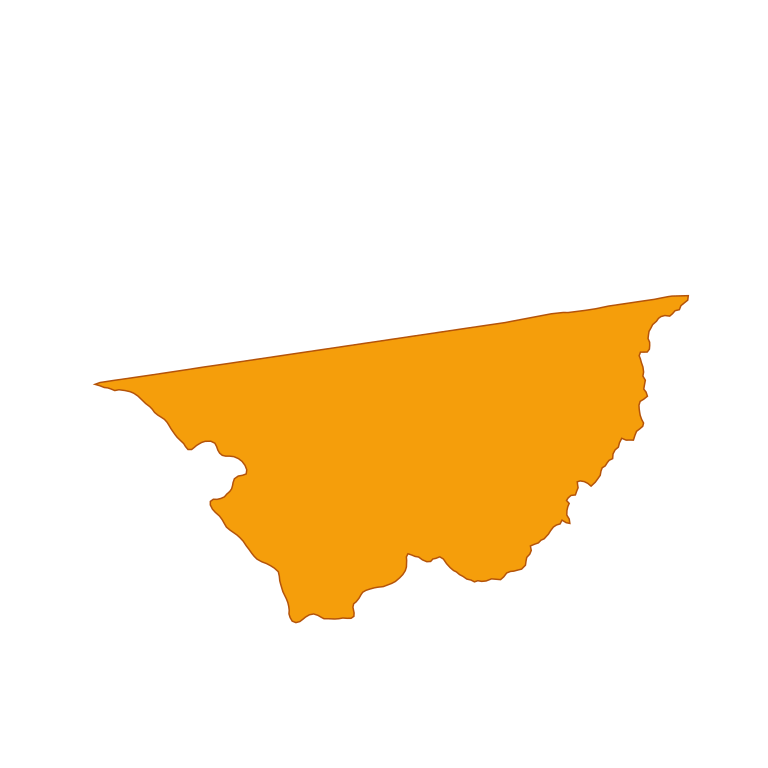 Ninheira, Minas Gerais, Brazil (Natural Earth projection), rotated 305°
{"feature_id": "56859067B21814552382034", "entity_name": "Ninheira", "entity_type": "district", "adm_level": 2, "iso_a3": "BRA", "parent_name": "Brazil", "parent_adm1": "Minas Gerais", "projection": "natural_earth1", "projection_center": [-41.689, -15.315], "detail": "fine", "context": "isolated", "style": "filled", "palette": "amber", "viewbox_px": 768, "rotation_deg": 305, "n_neighbors": 0, "source": "geoboundaries", "source_scale": "gbopen_adm2", "svg_char_len": 3675}
<svg xmlns="http://www.w3.org/2000/svg" viewBox="0 0 768 768"><g transform="rotate(305 384 384)"><path d="M545.4,489.8L537.5,480.8L509.0,453.0L503.9,448.1L478.9,421.6L359.1,295.0L317.0,250.5L311.4,244.6L301.8,234.4L294.8,226.9L282.4,214.0L256.1,186.3L231.2,159.8L222.3,150.5L218.0,147.5L219.6,152.3L220.7,156.9L222.4,160.0L223.4,163.5L224.2,167.2L227.3,170.2L230.1,175.6L232.1,180.5L232.9,184.2L233.0,189.3L232.1,195.0L231.3,199.9L231.1,205.2L230.4,208.7L229.1,212.4L228.8,216.5L229.0,220.4L229.1,224.4L228.2,228.3L226.9,231.4L225.2,235.1L224.0,238.3L222.7,241.9L221.7,245.1L221.0,249.4L220.3,254.1L218.9,257.3L217.9,261.0L220.0,264.0L223.4,265.0L226.1,265.7L228.9,266.9L231.6,268.2L234.5,270.4L237.8,275.0L238.5,279.4L236.8,282.7L234.5,285.9L233.1,289.0L232.8,292.4L234.1,295.7L236.3,298.8L238.4,302.7L239.4,307.6L239.2,312.1L237.6,316.9L235.0,320.8L231.3,322.7L228.1,320.5L225.0,317.4L220.6,315.8L216.7,316.9L213.9,318.2L210.7,319.3L207.5,319.3L203.9,318.4L200.0,318.0L196.8,316.1L193.8,313.5L191.7,310.3L188.2,309.1L185.3,311.1L183.1,315.2L182.1,319.5L181.5,324.9L180.0,329.4L178.2,333.1L176.4,337.0L176.0,341.5L176.0,345.9L176.0,350.1L175.5,354.1L174.5,358.8L172.4,364.1L171.1,368.3L169.5,372.7L168.4,376.4L167.7,380.4L168.3,386.0L169.5,390.7L170.1,395.3L170.3,399.8L169.6,405.1L166.5,408.5L163.1,411.4L160.8,414.1L158.4,417.1L155.9,420.3L154.1,423.5L152.0,427.3L149.8,430.6L147.1,433.6L144.2,436.2L141.2,438.0L138.8,441.1L137.1,444.8L138.0,448.7L141.1,451.3L144.8,452.5L148.1,453.4L152.2,455.3L155.3,458.3L156.6,462.6L156.9,466.2L157.3,469.5L160.1,473.5L163.2,478.4L165.9,481.7L168.7,484.5L170.9,488.2L173.2,491.4L176.4,492.6L179.3,490.8L181.4,488.6L183.4,486.5L186.6,485.2L189.5,486.1L194.2,486.4L198.3,486.0L201.2,486.0L204.5,487.5L208.0,490.1L211.5,493.0L214.1,495.6L217.6,499.6L222.0,502.6L225.1,504.7L228.8,506.6L234.2,508.0L238.7,508.7L243.3,508.5L247.0,507.3L249.9,505.4L252.4,503.8L255.2,501.5L258.7,501.0L259.8,504.7L260.6,508.4L262.1,511.5L262.0,516.4L263.0,521.0L265.4,524.0L268.7,524.4L270.9,526.5L274.4,528.8L274.7,533.0L272.7,538.3L271.5,543.7L271.1,547.9L271.6,551.1L271.2,555.1L271.7,559.1L271.7,563.7L273.3,567.7L273.8,571.6L276.7,573.7L278.3,577.2L281.2,580.6L286.0,583.8L288.4,587.9L290.6,591.7L294.7,592.7L299.6,592.9L303.1,595.2L305.1,597.6L308.2,600.2L311.3,602.9L316.7,603.8L320.2,602.0L323.8,600.4L328.2,601.0L332.1,600.1L335.3,596.8L339.1,599.2L342.4,601.6L346.1,602.2L349.1,604.0L352.5,604.4L355.3,604.8L359.3,604.6L364.0,604.8L367.5,606.2L370.4,608.5L374.6,607.9L374.9,612.8L376.4,616.2L379.6,613.2L381.5,608.9L385.3,606.4L389.0,604.9L392.4,604.2L393.3,600.3L396.4,600.2L400.0,601.1L402.9,604.4L407.1,603.2L410.3,602.5L412.5,600.4L414.7,598.4L417.1,600.2L418.9,604.0L419.5,608.0L419.1,612.2L424.7,613.4L429.0,613.5L433.2,613.5L437.1,611.7L440.5,610.8L443.8,612.2L447.7,612.0L450.7,612.2L454.0,614.1L458.1,611.7L462.6,611.1L466.7,612.2L470.9,610.6L475.9,609.9L476.9,614.5L479.0,617.4L481.1,620.5L485.9,619.0L490.1,618.0L493.8,619.2L497.8,620.2L500.9,619.0L502.8,615.3L505.3,611.8L507.5,609.6L510.0,607.3L512.9,605.0L516.7,603.8L520.6,605.5L525.1,606.8L527.7,603.3L528.8,599.7L532.4,598.0L537.0,595.9L539.0,591.5L542.7,589.8L546.4,586.4L549.3,582.4L551.8,579.4L553.5,576.8L557.2,575.8L559.4,578.9L561.2,581.3L564.8,581.4L567.9,579.6L570.6,577.6L572.7,574.2L575.7,572.6L579.1,570.9L583.2,570.5L586.7,570.0L591.7,571.2L595.2,571.2L598.1,572.2L601.2,574.8L603.5,579.1L607.0,580.0L611.0,580.4L614.3,583.3L618.5,582.3L622.4,583.4L626.9,584.7L630.9,582.6L621.2,569.5L618.8,566.9L612.2,560.5L608.5,557.0L600.9,548.9L590.2,537.6L576.7,523.3L566.9,514.1L560.1,507.0L548.1,493.8L545.4,489.8Z" fill="#f59e0b" stroke="#b45309" stroke-width="1.5"/></g></svg>